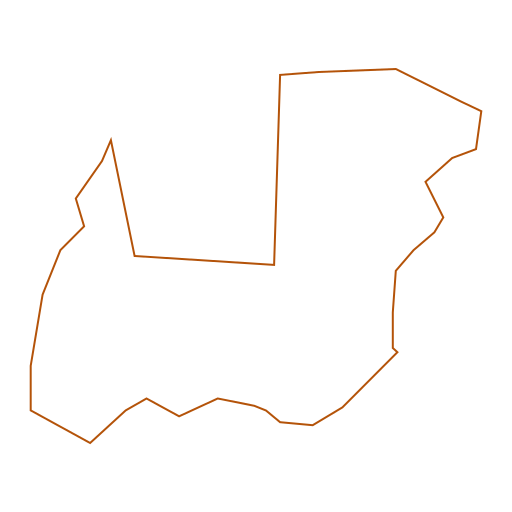 the district of Yangcheon-gu, Seoul, South Korea
{"feature_id": "91817680B8017156108400", "entity_name": "Yangcheon-gu", "entity_type": "district", "adm_level": 2, "iso_a3": "KOR", "parent_name": "South Korea", "parent_adm1": "Seoul", "projection": "mercator", "projection_center": [126.864, 37.519], "detail": "fine", "context": "isolated", "style": "outline", "palette": "amber", "viewbox_px": 512, "rotation_deg": 0, "n_neighbors": 0, "source": "geoboundaries", "source_scale": "gbopen_adm2", "svg_char_len": 548}
<svg xmlns="http://www.w3.org/2000/svg" viewBox="0 0 512 512"><path d="M30.7,410.4L90.1,443.0L125.7,410.4L146.5,398.5L179.1,416.3L217.7,398.5L254.3,405.8L266.0,410.5L280.1,422.2L312.7,425.2L342.4,407.4L397.4,352.2L392.8,348.0L392.8,312.4L395.8,270.8L413.6,250.1L434.4,232.3L443.3,217.4L425.5,181.8L452.2,158.0L476.0,149.1L481.3,111.2L461.1,101.6L395.8,69.0L318.6,72.0L280.1,74.9L274.1,264.9L134.6,256.0L110.9,140.2L102.0,161.0L75.8,198.5L84.1,226.3L60.4,250.1L42.6,294.6L30.7,365.8L30.7,410.4Z" fill="none" stroke="#b45309" stroke-width="2"/></svg>